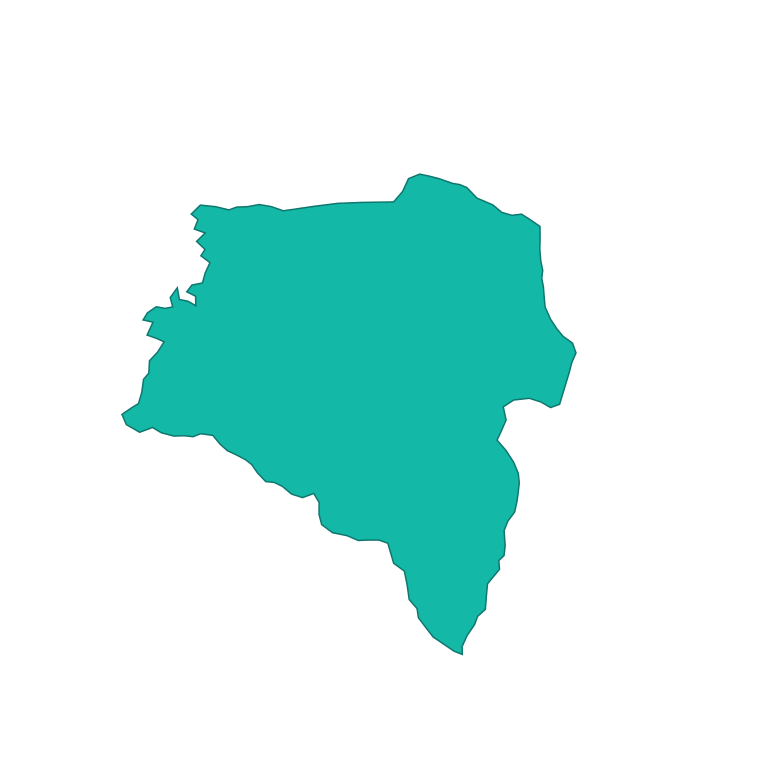 outline of Elias Fausto, São Paulo, Brazil, rotated 319°
{"feature_id": "56859067B16325589227677", "entity_name": "Elias Fausto", "entity_type": "district", "adm_level": 2, "iso_a3": "BRA", "parent_name": "Brazil", "parent_adm1": "São Paulo", "projection": "robinson", "projection_center": [-47.38, -23.077], "detail": "fine", "context": "isolated", "style": "filled", "palette": "teal", "viewbox_px": 768, "rotation_deg": 319, "n_neighbors": 0, "source": "geoboundaries", "source_scale": "gbopen_adm2", "svg_char_len": 1959}
<svg xmlns="http://www.w3.org/2000/svg" viewBox="0 0 768 768"><g transform="rotate(319 384 384)"><path d="M244.7,449.3L247.6,462.5L256.6,474.2L261.9,485.2L269.6,491.3L277.8,498.5L282.4,506.7L273.7,525.6L276.6,538.6L269.6,550.9L261.6,563.2L261.6,575.2L256.6,583.0L255.9,593.4L255.1,607.1L258.2,618.9L261.6,631.7L265.7,639.5L270.7,633.4L281.6,628.4L294.5,625.0L302.1,620.8L312.6,620.6L323.2,610.2L331.1,602.7L342.0,600.9L349.7,599.6L354.8,592.6L362.1,592.2L369.3,585.6L378.4,573.5L387.4,568.8L398.7,566.3L407.4,559.8L412.9,555.0L421.1,547.5L426.7,539.6L430.5,528.2L432.5,514.2L432.5,500.5L440.3,497.1L452.5,491.3L459.0,479.5L471.4,481.2L484.3,490.1L490.6,500.5L494.3,511.1L503.2,514.5L532.2,496.3L539.8,491.0L549.3,486.5L553.1,476.8L550.4,465.5L550.7,455.5L552.2,444.5L556.0,431.7L562.5,422.7L568.1,415.2L572.4,407.7L578.3,402.4L583.3,393.6L590.1,384.4L597.6,376.2L605.1,367.4L601.9,355.1L599.2,346.0L591.3,340.7L585.5,331.8L583.6,320.1L576.1,304.7L575.4,290.2L572.0,283.2L567.1,277.2L560.6,265.7L554.6,256.9L548.6,249.0L537.2,245.1L524.4,250.9L510.7,252.9L486.5,232.5L467.7,217.4L448.2,204.3L421.6,187.2L415.4,176.3L407.6,166.7L397.3,160.6L389.0,153.9L381.1,150.8L373.4,139.9L362.8,128.5L350.0,129.3L351.5,137.9L342.5,142.6L348.1,152.7L336.1,153.4L337.2,165.0L329.9,167.1L332.3,178.2L322.1,182.8L313.3,188.6L303.9,183.3L295.6,185.0L299.4,194.2L293.3,201.4L290.3,192.8L285.0,186.0L291.1,175.8L279.4,178.5L275.1,187.2L268.4,183.3L262.8,176.3L252.2,175.1L244.2,177.6L250.2,185.8L237.3,191.6L242.3,200.5L245.7,207.9L234.0,211.4L222.3,212.6L213.6,221.5L205.6,222.7L195.7,231.4L185.9,237.7L178.1,236.4L166.3,235.0L162.9,245.6L167.9,260.1L180.7,264.9L184.0,274.8L191.2,285.4L199.3,292.0L205.3,298.5L213.1,301.3L221.1,310.5L220.8,321.8L222.0,331.5L226.1,340.7L229.8,350.3L231.3,358.1L230.2,368.2L230.7,380.0L236.6,386.3L240.1,394.5L242.0,406.5L248.1,416.4L259.2,420.5L257.3,430.9L249.4,439.8L244.7,449.3Z" fill="#14b8a6" stroke="#0f766e" stroke-width="1.5"/></g></svg>